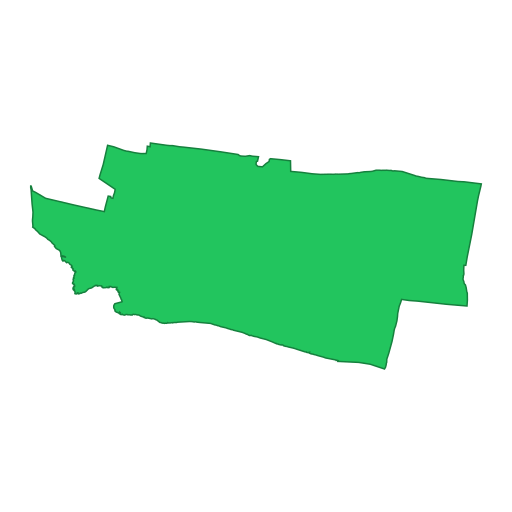 the district of Seaca De Padure, Dolj, Romania
{"feature_id": "2599482B71880041141531", "entity_name": "Seaca De Padure", "entity_type": "district", "adm_level": 2, "iso_a3": "ROU", "parent_name": "Romania", "parent_adm1": "Dolj", "projection": "albers", "projection_center": [23.279, 44.368], "detail": "fine", "context": "isolated", "style": "filled", "palette": "green", "viewbox_px": 512, "rotation_deg": 0, "n_neighbors": 0, "source": "geoboundaries", "source_scale": "gbopen_adm2", "svg_char_len": 5949}
<svg xmlns="http://www.w3.org/2000/svg" viewBox="0 0 512 512"><path d="M370.1,364.2L384.5,369.0L385.5,367.3L386.2,364.7L386.2,363.8L386.7,362.3L386.8,359.1L387.8,356.2L388.8,353.1L392.0,341.5L393.5,334.3L394.2,330.0L394.8,327.9L395.5,326.4L396.9,320.9L397.5,316.6L397.7,313.5L399.2,306.2L400.5,302.9L401.6,299.4L409.1,300.5L417.5,301.1L446.7,304.3L467.0,306.0L467.4,300.1L467.3,293.1L466.8,291.8L466.2,287.8L465.5,285.2L465.4,284.9L464.5,284.0L464.1,283.2L463.8,281.4L463.1,279.8L463.0,278.7L463.2,277.7L463.3,276.5L463.2,275.7L463.7,275.1L463.9,273.9L463.7,270.2L463.9,265.3L465.8,265.3L467.2,257.0L471.7,234.6L477.5,200.8L478.5,195.9L480.8,186.5L481.3,183.9L464.2,181.8L457.9,181.5L440.9,179.5L426.1,178.3L424.2,177.6L421.7,177.3L418.2,176.4L415.7,176.0L415.0,175.6L402.2,171.5L395.7,170.9L394.1,170.8L393.1,171.0L392.1,170.8L391.6,170.5L390.0,170.4L389.6,170.5L386.4,170.2L385.6,170.3L382.3,170.3L381.9,170.4L379.1,170.2L376.1,170.2L372.3,171.3L370.6,171.5L364.2,171.8L360.5,172.4L359.0,172.8L358.5,172.7L357.8,172.6L351.2,173.5L349.5,173.6L348.2,173.9L338.7,174.2L335.5,174.1L334.0,174.3L329.4,174.2L320.6,174.4L312.3,173.8L301.8,172.4L290.7,171.4L290.5,160.8L280.3,159.6L270.5,158.7L269.4,159.4L269.1,161.5L266.0,163.6L262.5,166.8L257.8,166.4L256.5,165.0L256.0,164.2L256.4,161.5L257.5,161.2L258.5,156.7L252.4,156.2L249.7,155.6L245.4,156.3L241.9,156.1L240.2,155.9L239.1,155.3L238.1,154.5L220.6,151.8L201.2,149.1L183.3,147.1L179.7,146.8L172.4,145.6L169.8,145.6L166.7,145.3L150.4,143.0L150.1,146.7L147.3,146.2L147.0,149.8L146.2,153.5L141.8,153.6L140.1,153.5L134.6,152.7L127.7,151.2L127.1,151.3L123.7,150.4L113.8,146.8L107.6,145.3L103.2,164.6L100.1,174.6L99.1,178.4L115.2,189.3L114.5,192.9L113.5,195.5L112.9,198.3L111.4,198.0L110.8,197.6L110.7,196.5L108.2,196.1L105.4,206.6L104.3,211.6L96.3,210.0L74.0,205.0L45.6,198.3L35.6,192.4L32.6,190.9L31.3,186.5L30.9,185.9L30.7,186.0L30.7,187.7L31.1,189.8L32.1,204.0L33.0,212.1L32.8,216.8L32.5,219.7L32.5,221.3L32.9,225.7L32.9,226.5L32.7,227.1L33.7,227.9L34.9,228.5L35.3,229.5L37.6,231.5L39.8,234.0L45.3,237.0L46.9,238.2L47.8,239.3L49.5,240.3L51.1,241.6L52.0,242.9L54.7,245.4L54.8,245.8L54.5,246.4L56.3,248.6L59.0,250.0L59.9,250.8L60.6,252.3L60.8,253.5L61.0,256.2L62.9,255.8L63.2,256.2L63.8,256.5L64.3,256.3L64.9,256.8L65.4,256.9L65.4,257.1L65.1,257.1L63.4,256.6L62.5,256.5L61.6,257.0L61.5,257.5L62.1,260.0L63.0,261.1L63.4,260.8L63.3,260.4L64.6,260.7L66.6,262.7L67.6,262.3L68.6,262.7L69.4,263.4L69.5,263.8L70.0,264.4L71.1,265.0L71.5,265.5L71.8,265.7L72.0,266.5L71.6,266.6L71.3,267.0L71.3,267.3L72.0,267.6L72.3,268.3L72.7,268.4L73.2,268.9L72.9,269.4L73.0,269.7L72.9,269.9L73.1,270.3L73.4,270.4L74.3,271.0L74.4,271.4L74.8,271.4L75.2,271.0L75.8,271.6L75.8,272.1L75.7,272.3L74.9,273.0L74.5,274.8L74.3,275.0L74.5,275.4L73.9,275.8L73.9,276.1L74.1,276.8L74.0,277.1L73.6,277.5L73.5,277.8L74.0,278.2L73.8,278.5L73.3,278.8L73.1,279.9L73.5,280.4L73.5,281.0L73.2,281.5L73.2,282.0L72.7,282.4L72.5,283.1L72.6,283.6L73.1,283.8L73.6,284.3L74.0,284.1L74.4,284.8L74.6,285.5L74.1,286.0L74.6,286.4L74.6,286.6L73.5,287.1L73.4,287.2L73.6,287.4L73.7,287.9L73.6,288.0L73.0,288.3L73.0,288.6L73.2,289.6L73.4,289.7L74.0,289.2L74.3,289.3L74.4,289.7L74.1,289.8L74.0,290.2L74.0,290.5L74.7,291.0L74.9,291.4L75.1,292.9L74.9,293.6L75.1,293.8L76.6,293.9L77.4,292.8L78.2,292.9L78.4,293.1L78.1,293.5L78.2,293.8L78.6,293.9L79.8,293.6L80.4,293.1L81.4,293.2L82.7,292.5L84.8,292.1L85.8,291.5L88.6,288.7L91.6,287.9L95.3,285.4L95.7,285.7L96.4,285.3L96.9,285.3L97.2,285.4L97.1,285.9L97.4,286.1L97.9,286.1L98.8,285.7L99.7,285.7L100.4,285.9L101.4,285.8L101.8,286.1L101.9,287.0L102.7,287.2L102.7,287.6L103.2,287.8L106.2,287.6L106.5,287.2L107.3,287.2L107.8,287.7L108.5,287.5L108.9,287.7L109.1,287.5L109.2,286.4L109.3,286.4L109.7,287.0L110.8,286.4L111.2,286.8L112.6,287.4L113.4,287.3L113.9,287.4L114.4,287.2L116.9,287.4L116.3,289.0L116.3,289.5L116.6,289.6L116.8,290.0L117.2,289.9L117.5,289.6L117.8,289.9L117.7,290.6L117.8,291.1L118.0,291.2L118.3,291.2L118.2,291.6L118.2,292.0L118.4,292.3L119.4,292.2L119.6,292.3L119.3,292.9L119.3,293.2L119.0,294.3L120.9,298.3L121.2,299.4L121.7,299.9L121.7,300.4L122.1,301.5L122.0,301.8L114.9,303.7L114.0,305.1L113.8,305.7L113.7,307.2L114.0,308.4L115.0,309.8L115.1,310.2L114.9,310.6L115.2,311.3L116.4,312.1L117.3,312.4L117.7,312.6L118.7,312.8L118.7,313.0L119.0,313.1L119.6,312.8L119.8,312.6L119.8,312.3L120.3,312.7L120.4,313.0L119.3,313.2L119.3,313.6L120.9,314.6L122.1,314.6L122.4,314.3L122.9,314.7L124.2,315.1L125.0,315.0L125.9,314.5L127.1,314.5L127.7,314.8L130.0,314.8L130.3,315.0L131.4,314.9L131.9,315.1L132.3,315.0L132.8,314.4L133.3,314.3L134.6,314.6L135.2,314.4L135.9,314.5L137.3,315.0L138.0,314.8L139.1,315.2L140.8,316.2L143.6,317.1L144.1,317.1L144.1,317.5L146.0,318.2L147.8,318.0L151.8,318.9L153.0,318.6L155.0,319.2L155.6,319.6L156.8,320.0L159.8,322.4L161.3,322.7L162.1,323.1L164.0,323.2L164.4,323.4L165.2,323.2L166.7,323.3L167.2,323.1L167.7,322.6L168.1,323.0L170.5,322.9L172.2,322.6L172.4,322.8L172.6,322.9L173.9,322.5L176.6,322.5L177.5,322.2L189.5,321.5L192.0,321.6L194.3,322.0L195.5,321.8L196.2,321.9L196.6,322.1L200.0,322.5L210.6,323.4L214.8,324.9L216.3,325.1L217.6,325.7L218.2,325.6L218.5,325.8L219.2,326.0L220.5,326.6L226.2,327.9L227.7,328.5L229.9,329.1L231.1,329.6L232.5,329.7L233.4,330.2L242.1,332.3L245.2,333.5L246.4,334.2L247.3,334.2L248.2,334.9L249.5,335.5L250.4,335.5L251.3,335.3L251.6,335.6L254.1,336.4L257.2,336.9L260.2,338.0L266.2,339.5L272.1,341.8L275.9,343.5L276.5,343.5L276.7,343.8L277.0,344.0L278.0,344.0L278.6,344.4L281.2,345.0L281.8,345.0L282.0,344.7L283.3,345.3L283.5,345.4L283.5,345.7L284.0,345.9L285.9,346.4L287.0,346.5L288.4,347.0L293.3,348.1L305.1,351.9L306.1,352.0L306.3,351.9L306.7,352.4L307.9,352.6L309.5,352.3L309.2,353.0L310.6,353.7L311.1,353.7L311.3,353.9L313.3,354.2L313.8,354.5L316.2,355.0L317.1,355.4L323.7,357.2L325.4,357.9L335.1,359.8L336.3,360.2L336.3,360.4L336.9,360.3L338.2,360.6L337.9,361.4L358.7,362.4L370.1,364.2Z" fill="#22c55e" stroke="#15803d" stroke-width="1.5"/></svg>